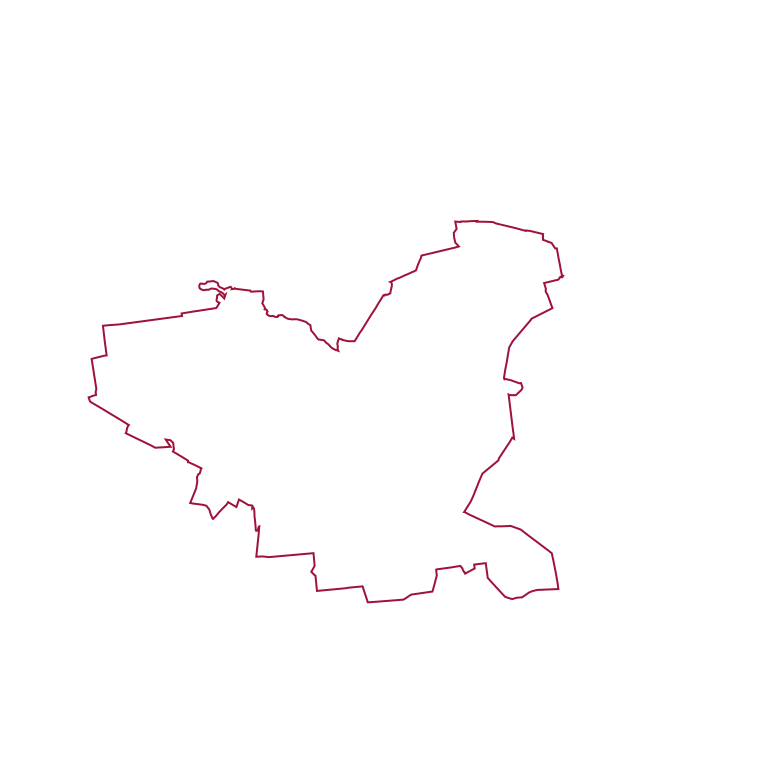 Kalupes pag., Daugavpils, Latvia (Albers equal-area conic projection), rotated 126°
{"feature_id": "27541924B69291798191186", "entity_name": "Kalupes pag.", "entity_type": "district", "adm_level": 2, "iso_a3": "LVA", "parent_name": "Latvia", "parent_adm1": "Daugavpils", "projection": "albers", "projection_center": [26.542, 56.088], "detail": "fine", "context": "isolated", "style": "outline", "palette": "rose", "viewbox_px": 768, "rotation_deg": 126, "n_neighbors": 0, "source": "geoboundaries", "source_scale": "gbopen_adm2", "svg_char_len": 6034}
<svg xmlns="http://www.w3.org/2000/svg" viewBox="0 0 768 768"><g transform="rotate(126 384 384)"><path d="M568.4,615.1L570.5,612.2L570.9,611.5L571.0,611.1L570.7,608.0L569.9,599.6L568.7,585.4L567.9,576.3L567.2,566.3L567.9,566.5L570.4,566.0L574.4,564.2L575.6,564.0L570.7,536.7L570.0,531.6L565.0,525.5L565.0,525.4L564.8,525.3L560.2,519.7L558.6,524.3L557.2,527.9L555.0,523.7L555.4,520.5L555.6,519.9L559.9,515.9L560.0,516.0L561.1,515.3L562.7,515.1L561.5,501.9L561.2,497.4L562.1,497.0L562.4,496.7L562.2,496.5L561.5,492.9L561.0,490.7L559.9,484.2L559.5,482.3L559.5,482.2L560.2,482.3L562.4,481.2L564.8,480.5L566.0,481.2L568.7,480.7L569.6,480.3L572.5,477.8L578.9,474.6L587.4,472.5L594.2,470.8L593.1,468.5L589.6,462.1L588.0,459.1L587.1,456.7L587.1,456.1L587.0,455.9L588.2,451.6L591.6,447.1L593.7,443.4L593.6,443.0L591.9,442.8L590.2,442.4L585.0,442.1L577.1,441.0L574.3,440.5L572.6,440.5L571.2,440.7L570.3,431.1L562.7,433.4L561.9,426.0L561.7,422.6L560.6,420.8L559.8,419.0L562.3,417.4L560.8,416.9L561.4,415.7L563.4,413.9L567.0,411.1L572.5,406.1L577.8,401.6L577.9,401.2L577.6,400.8L576.7,400.0L573.3,401.4L573.0,401.4L572.6,401.2L580.1,396.6L598.8,385.8L594.7,380.6L591.6,375.2L562.3,341.6L571.9,333.2L578.7,332.4L579.5,327.2L579.3,326.8L590.8,316.6L571.8,295.0L571.2,294.4L570.3,293.7L560.5,282.6L560.3,282.4L569.8,269.2L570.2,268.9L569.4,267.8L562.7,259.9L547.0,241.5L545.4,240.8L538.5,238.3L523.4,222.8L516.6,225.3L513.7,226.5L507.9,228.7L503.7,232.6L503.2,232.6L492.0,220.9L490.3,219.3L486.3,215.3L487.1,212.2L487.4,211.7L488.0,211.1L488.6,209.6L489.1,208.7L488.9,208.0L489.7,206.9L479.9,202.2L477.1,204.9L469.1,196.4L479.9,186.1L482.5,173.6L485.0,160.9L483.6,156.5L482.6,153.8L478.9,151.0L475.4,146.9L467.2,144.0L463.9,141.9L460.3,138.7L447.4,122.4L442.0,127.6L436.0,133.8L427.1,143.4L422.3,148.8L422.1,154.5L421.8,171.5L421.7,177.8L421.5,184.8L421.4,187.9L424.4,198.2L425.3,199.2L431.4,207.0L431.6,207.4L431.7,207.7L431.9,207.9L434.1,210.5L439.8,239.8L439.8,240.6L440.2,243.4L440.2,243.6L440.4,243.9L428.7,244.7L427.4,244.9L422.3,245.9L407.5,249.7L398.7,251.7L378.4,246.5L377.0,247.3L376.8,247.3L356.8,248.2L352.0,248.7L351.9,246.5L347.0,251.0L346.4,251.7L319.3,277.0L319.2,276.2L319.1,275.9L316.8,272.4L316.6,272.4L315.9,271.2L315.5,270.8L307.9,269.3L305.4,269.8L302.7,273.7L302.8,274.0L303.9,275.0L306.4,283.6L307.5,286.1L308.5,288.6L309.4,289.3L308.6,290.5L301.6,294.1L294.3,297.5L280.9,304.2L273.7,305.0L246.0,302.9L246.0,303.0L244.4,303.0L223.6,292.3L220.6,296.9L219.2,298.8L215.8,304.0L214.6,306.5L214.6,306.8L213.7,308.0L211.9,308.9L208.2,313.8L197.1,304.3L195.8,304.2L195.2,304.4L194.7,304.2L193.8,304.3L193.4,304.2L193.1,303.8L193.1,303.0L193.1,302.7L192.9,302.5L192.6,302.5L191.6,302.7L191.1,302.7L191.3,304.0L190.1,305.5L186.3,309.6L184.4,311.5L180.3,316.0L172.7,323.9L173.7,325.2L171.4,331.2L172.4,335.0L172.6,335.0L172.6,335.7L173.8,339.9L173.9,340.1L171.2,342.0L171.3,342.2L169.2,343.4L174.3,355.8L176.4,359.5L176.8,359.3L180.6,369.3L188.0,387.1L188.6,388.7L188.6,390.1L189.7,392.2L194.3,399.0L198.2,404.3L197.3,404.5L200.9,409.1L204.9,413.8L205.3,414.8L205.7,415.2L207.3,417.2L207.8,417.1L210.7,421.8L215.9,416.4L220.7,416.4L223.8,413.8L225.2,412.3L227.7,409.4L228.7,404.3L232.0,406.8L234.4,408.9L258.1,429.2L260.2,428.3L261.6,427.9L263.2,427.7L267.7,426.6L273.3,424.9L283.3,430.6L284.2,431.3L285.3,431.8L289.7,434.3L290.5,435.0L296.6,438.2L297.7,438.9L297.6,438.4L297.6,437.8L297.9,437.2L298.5,436.4L300.4,435.1L302.0,434.6L302.6,434.1L303.2,434.0L304.8,433.3L306.4,432.5L306.9,432.2L307.4,432.4L308.3,433.1L308.7,433.2L308.8,433.1L309.4,433.5L309.6,433.8L310.1,434.1L310.6,434.5L310.7,435.3L311.0,435.6L311.8,435.9L312.0,436.1L312.3,435.8L312.5,436.1L312.6,436.6L322.6,435.9L327.3,435.4L336.0,435.0L353.1,433.7L356.3,433.7L366.6,432.9L368.3,435.2L370.7,438.6L372.5,443.0L372.9,443.7L372.7,444.3L372.8,444.8L373.3,445.9L373.4,446.3L373.6,447.3L376.6,446.4L379.1,445.3L380.2,444.0L380.7,443.5L382.6,442.4L383.1,441.9L384.0,440.5L384.3,441.7L384.8,442.6L385.1,444.2L385.4,445.9L385.4,448.4L384.6,452.3L384.6,455.2L383.9,457.9L384.7,459.8L386.5,463.2L386.5,463.6L386.3,464.6L385.1,468.2L384.7,469.7L383.9,472.5L383.6,474.2L381.7,476.2L379.7,478.1L379.8,478.3L379.9,481.3L379.7,483.2L379.9,484.4L380.2,485.3L380.6,486.9L381.0,487.8L382.5,491.9L383.5,493.5L384.9,495.4L386.0,496.6L386.6,498.0L387.1,498.8L387.8,500.4L387.9,501.1L388.2,503.2L388.2,503.3L388.0,503.6L388.0,503.8L388.3,504.4L388.3,504.7L388.0,505.2L387.9,505.9L387.9,506.2L388.7,507.8L389.8,509.0L390.6,509.8L391.1,509.9L391.3,509.4L392.0,509.4L392.6,509.8L393.3,510.6L393.6,511.4L394.0,513.3L394.2,513.7L395.8,515.7L396.0,516.1L396.2,516.8L396.4,517.2L396.5,519.0L396.3,519.4L396.2,520.2L393.8,520.9L393.8,521.4L393.2,522.0L393.0,522.4L392.9,522.9L393.6,524.1L393.7,524.5L393.2,524.6L392.3,525.2L390.1,530.0L386.4,531.1L380.3,536.3L381.9,539.0L387.3,545.6L387.6,546.2L387.0,547.0L393.9,559.4L394.3,561.1L395.1,561.2L396.4,562.5L396.5,562.6L396.4,562.6L395.5,565.2L400.6,568.7L401.4,568.7L401.4,570.0L401.4,570.7L402.1,573.7L402.1,574.2L402.0,574.9L401.7,576.1L400.6,577.0L400.3,577.4L400.1,578.1L400.2,579.3L400.8,582.0L401.1,582.6L402.1,583.8L403.7,585.4L404.3,586.3L404.9,587.0L405.9,587.2L406.9,587.1L407.7,587.5L408.3,587.9L408.7,588.3L409.3,589.3L409.6,590.0L410.1,590.5L410.6,591.5L411.1,591.7L412.7,591.4L413.6,590.9L415.0,589.2L414.8,588.4L414.9,587.7L414.7,587.0L414.6,585.9L414.4,585.5L413.6,584.5L413.3,584.0L412.1,583.2L411.8,582.8L411.6,582.2L411.1,581.5L408.5,580.0L407.8,579.2L407.3,578.2L406.2,576.4L405.8,575.0L405.7,574.4L405.8,573.4L406.0,573.0L405.9,571.7L405.3,569.2L405.3,568.2L405.4,567.2L405.7,566.4L405.9,565.3L405.6,565.0L404.8,564.8L408.7,563.5L407.7,569.9L410.1,571.0L410.6,571.0L411.2,570.6L411.5,570.3L415.0,568.5L415.3,568.0L415.4,567.2L415.0,564.8L420.9,564.3L421.5,564.7L433.4,576.7L436.0,579.4L445.9,589.2L447.7,587.4L491.7,633.5L497.7,640.7L502.1,645.6L513.6,635.0L523.9,625.2L525.8,627.2L535.5,635.3L557.1,613.8L560.1,612.5L562.1,610.5L564.7,612.6L566.5,613.7L568.4,615.1Z" fill="none" stroke="#9f1239" stroke-width="2"/></g></svg>